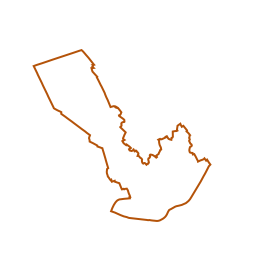 Huyen Cai Lay, Tiền Giang, Vietnam, rotated 334°
{"feature_id": "81297802B21182108853425", "entity_name": "Huyen Cai Lay", "entity_type": "district", "adm_level": 2, "iso_a3": "VNM", "parent_name": "Vietnam", "parent_adm1": "Tiền Giang", "projection": "equal_earth", "projection_center": [106.102, 10.405], "detail": "fine", "context": "isolated", "style": "outline", "palette": "amber", "viewbox_px": 256, "rotation_deg": 334, "n_neighbors": 0, "source": "geoboundaries", "source_scale": "gbopen_adm2", "svg_char_len": 5816}
<svg xmlns="http://www.w3.org/2000/svg" viewBox="0 0 256 256"><g transform="rotate(334 128 128)"><path d="M76.3,195.4L77.3,196.4L79.1,198.2L81.6,201.2L83.1,203.0L85.5,205.6L87.8,207.5L89.1,208.9L89.7,209.4L104.6,218.9L105.7,219.7L106.7,220.0L109.0,221.6L112.7,223.9L113.6,224.4L114.9,224.8L116.1,225.0L118.7,224.9L119.3,224.9L121.0,224.6L122.4,224.2L123.7,223.6L125.1,222.7L127.4,220.8L127.9,220.5L128.3,220.2L128.9,219.8L129.8,219.7L131.2,219.7L135.8,219.4L137.2,219.5L139.6,220.1L141.1,220.4L142.5,220.7L145.0,220.8L147.0,220.9L148.4,220.6L150.4,220.1L152.5,219.2L154.6,217.9L169.7,208.1L170.0,207.9L175.0,204.3L176.8,203.1L178.6,201.8L182.6,198.8L183.5,198.1L183.7,197.9L185.5,197.2L186.0,197.0L185.5,194.1L185.2,191.1L183.9,191.6L183.4,188.8L182.9,189.0L182.4,189.2L181.8,189.2L180.4,189.1L178.9,188.9L177.9,188.9L176.2,188.9L176.4,188.0L176.3,186.5L176.3,185.1L176.3,184.9L176.3,183.9L176.2,182.0L176.1,180.5L174.7,180.2L174.9,179.5L175.1,179.1L175.1,178.9L175.1,178.7L174.5,178.4L173.7,177.9L172.9,177.0L173.0,176.6L173.1,175.6L173.4,174.8L173.8,174.2L174.4,173.4L175.3,172.4L175.7,172.2L176.3,172.2L177.0,172.2L177.5,171.8L177.7,171.6L177.8,171.4L177.8,171.2L177.8,170.7L177.8,170.4L177.6,170.1L177.3,169.5L177.2,168.9L177.3,168.2L177.2,167.1L177.3,166.4L177.4,166.2L177.6,166.0L178.2,165.7L178.4,165.6L178.6,165.1L178.6,163.9L178.6,163.7L179.2,163.2L179.5,162.9L179.6,162.6L179.9,162.0L180.2,161.7L180.4,161.5L180.6,161.5L180.2,159.6L179.7,158.0L179.1,156.7L180.0,156.0L178.7,150.3L176.9,150.5L176.8,148.2L176.9,147.1L173.5,147.7L171.3,150.9L171.3,152.0L170.3,152.0L168.9,151.4L166.7,150.8L166.0,152.2L165.3,153.8L164.9,154.6L164.7,155.1L164.5,155.5L163.9,156.0L163.5,156.1L163.1,156.0L162.8,156.0L161.8,157.6L160.5,156.5L160.1,156.0L159.9,155.8L159.8,155.6L159.7,155.4L159.6,155.1L159.5,154.5L159.3,152.4L157.8,152.4L157.6,153.0L153.3,152.9L152.9,152.6L152.3,152.5L152.0,151.8L150.1,151.8L150.3,152.5L150.3,153.0L150.2,153.2L150.1,153.6L149.6,154.7L149.2,156.2L149.1,156.7L149.0,157.3L149.0,158.7L149.0,159.2L148.9,160.3L148.8,160.5L148.6,161.3L148.4,161.9L147.9,162.0L147.1,162.0L146.2,163.1L145.2,163.6L144.2,164.7L143.3,164.9L142.0,165.1L141.2,165.3L141.3,166.8L140.4,167.0L139.7,165.4L138.9,164.0L138.2,163.0L137.6,162.5L136.8,161.9L136.4,161.7L136.1,161.8L135.8,161.9L135.5,162.4L135.4,162.5L135.4,162.8L135.5,163.0L135.4,163.4L135.2,163.6L134.7,163.8L134.5,164.0L134.3,164.2L133.9,164.3L133.5,164.3L133.1,164.3L132.9,164.5L132.6,164.8L132.5,165.0L132.3,165.4L132.2,165.7L132.1,166.3L131.9,167.2L131.7,167.9L131.7,168.0L131.5,168.3L131.4,168.4L131.1,168.5L130.9,168.5L130.7,168.6L130.2,168.9L130.1,168.7L129.6,168.7L129.0,168.9L128.8,169.0L128.5,169.1L128.4,168.8L128.1,167.7L127.9,167.1L127.6,166.8L127.5,166.7L127.3,166.6L126.8,166.6L126.6,166.6L126.3,166.7L126.1,166.7L125.8,166.1L125.7,165.5L125.7,165.1L125.8,164.6L125.9,164.1L126.4,163.0L126.8,162.6L126.8,161.8L126.8,161.5L126.7,161.3L126.2,160.4L125.9,160.0L125.8,159.7L125.7,159.5L125.7,159.2L125.7,158.8L125.6,158.5L125.5,158.3L125.4,158.0L125.3,157.8L125.1,157.6L124.4,157.3L125.1,156.5L125.8,156.1L126.2,155.4L126.2,155.1L126.1,154.8L126.1,154.4L126.0,154.1L125.6,153.3L125.6,152.6L125.6,152.4L125.5,152.1L125.4,151.9L125.1,151.7L124.9,151.8L124.7,151.8L124.4,151.9L124.2,152.0L123.7,151.9L123.6,149.8L123.1,150.0L121.9,150.3L121.4,150.3L120.9,150.1L120.3,149.4L119.7,149.0L119.6,148.8L119.6,148.4L119.6,147.5L120.6,147.3L121.8,147.2L121.2,145.4L119.5,142.2L118.8,142.6L117.4,139.8L117.4,139.5L117.2,137.3L119.6,137.2L119.0,136.1L118.9,135.9L118.8,135.7L118.9,135.3L119.2,134.9L120.5,133.8L121.8,132.6L123.3,131.5L124.0,130.9L122.7,127.4L121.5,124.1L121.4,123.9L121.5,123.7L122.0,123.5L122.7,123.4L123.0,123.2L123.4,122.8L123.6,122.3L123.7,121.5L123.8,121.3L124.1,120.9L124.3,120.8L124.6,120.6L124.9,120.5L125.3,120.5L126.0,120.5L126.6,120.7L127.1,120.9L127.4,120.9L127.5,120.8L127.6,120.7L127.9,119.8L128.2,119.2L128.0,118.4L127.4,117.1L125.4,113.5L125.3,113.1L125.4,112.7L126.4,112.7L126.8,112.7L127.0,112.6L127.3,112.4L127.6,112.2L128.3,111.5L128.7,111.0L128.9,110.9L128.4,108.4L128.2,107.5L127.8,105.6L126.5,103.6L126.4,103.7L126.2,103.9L126.1,104.1L126.1,104.3L125.8,104.0L125.7,103.7L125.6,103.1L125.5,102.7L125.2,102.4L125.0,102.2L123.2,101.8L121.5,101.5L121.6,100.1L121.7,98.4L122.0,94.0L122.0,92.0L122.0,90.8L122.2,87.7L122.3,87.0L122.4,86.2L122.4,85.4L122.4,79.8L122.4,79.1L122.3,77.4L122.3,73.0L122.2,68.8L122.8,68.5L120.8,61.7L121.4,58.2L123.4,58.9L123.0,57.9L122.9,57.2L124.2,56.6L123.9,55.9L125.2,56.2L125.0,55.5L124.4,52.7L123.3,47.6L122.9,46.1L122.2,43.6L122.0,42.7L121.6,41.2L121.2,39.7L120.4,37.6L117.7,37.2L112.2,36.5L90.1,33.5L84.5,32.8L79.0,32.1L73.5,31.3L70.4,31.0L70.4,32.9L70.4,34.8L70.4,36.6L70.4,37.5L70.4,39.6L70.3,39.9L70.3,41.3L70.3,50.0L70.2,52.5L70.2,55.0L70.2,57.4L70.2,59.9L70.2,62.3L70.1,64.7L70.1,72.0L70.1,76.9L70.0,77.7L70.4,78.4L72.3,81.1L74.5,83.8L75.0,84.5L74.2,86.0L74.5,86.6L76.6,90.4L77.8,92.8L80.3,97.5L81.1,99.1L85.0,106.7L85.9,108.5L86.6,109.8L88.0,112.4L88.8,114.2L90.7,117.8L90.1,118.4L89.1,119.3L88.7,119.8L88.5,120.1L88.3,121.4L88.0,122.5L87.6,123.4L89.8,126.2L92.5,130.0L92.7,130.3L92.6,130.7L92.4,131.2L94.7,133.5L95.3,134.2L96.1,134.9L95.7,137.1L95.3,139.7L94.2,146.1L94.0,147.0L93.1,152.2L92.6,155.4L91.2,155.7L89.7,158.1L89.2,159.4L89.0,160.7L88.9,161.8L88.6,162.8L89.0,164.1L89.0,164.3L89.1,165.4L89.5,167.4L90.3,167.2L90.0,169.2L92.9,169.6L92.8,169.9L92.8,170.8L93.4,171.2L94.2,172.1L96.0,173.8L95.6,179.7L95.6,180.5L95.9,180.6L97.1,180.6L97.6,181.4L98.3,181.3L100.3,182.0L100.3,182.4L100.4,182.7L100.5,183.2L100.5,183.6L100.5,184.0L100.5,184.4L100.3,185.4L100.0,187.4L100.0,188.8L99.9,190.0L99.7,191.1L99.0,190.9L98.8,192.0L93.3,189.9L90.6,189.0L88.9,188.4L86.8,188.4L85.5,188.8L84.1,189.4L81.6,190.9L78.8,193.1L76.3,195.4Z" fill="none" stroke="#b45309" stroke-width="2"/></g></svg>